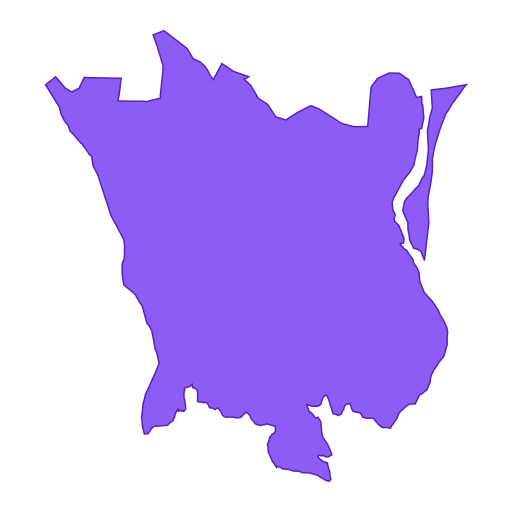 the district of Dayrut, Asyut, Egypt
{"feature_id": "37247803B43857760448777", "entity_name": "Dayrut", "entity_type": "district", "adm_level": 2, "iso_a3": "EGY", "parent_name": "Egypt", "parent_adm1": "Asyut", "projection": "robinson", "projection_center": [30.795, 27.538], "detail": "fine", "context": "isolated", "style": "filled", "palette": "violet", "viewbox_px": 512, "rotation_deg": 0, "n_neighbors": 0, "source": "geoboundaries", "source_scale": "gbopen_adm2", "svg_char_len": 5724}
<svg xmlns="http://www.w3.org/2000/svg" viewBox="0 0 512 512"><path d="M415.2,403.9L417.3,399.5L419.4,395.2L422.8,393.1L427.0,389.5L430.1,382.4L430.9,376.3L433.5,370.7L438.7,362.6L443.9,356.2L447.1,344.8L447.2,339.8L447.0,337.4L447.7,332.5L446.8,327.4L444.8,323.1L443.0,319.5L440.1,314.7L439.3,312.8L438.3,310.3L435.1,305.6L432.5,301.6L429.9,298.7L426.6,295.1L424.3,292.5L420.3,282.8L420.3,282.6L420.2,282.4L420.1,281.8L419.5,278.6L419.1,272.7L417.2,268.4L416.7,267.2L414.9,264.9L413.6,262.8L413.1,259.9L410.4,255.9L408.4,253.3L406.8,250.4L404.2,248.9L401.6,245.7L400.2,243.5L403.5,243.1L404.1,238.5L398.8,225.4L395.3,221.9L394.6,221.0L394.1,219.4L395.3,214.6L392.9,209.9L392.4,206.7L392.3,203.7L392.3,202.2L393.7,197.7L395.7,194.5L399.4,187.5L403.6,179.8L406.1,176.7L409.8,172.2L412.1,168.3L414.0,165.0L414.9,159.7L417.5,149.3L417.9,140.6L419.3,132.6L419.2,129.0L421.6,128.6L423.8,117.8L422.7,105.0L422.0,105.2L421.9,103.1L421.7,96.5L419.9,96.8L419.4,96.9L416.8,97.5L416.6,97.5L414.8,93.2L412.7,88.6L411.6,86.3L408.6,79.6L405.9,77.8L399.3,73.2L389.1,73.0L377.8,78.3L377.4,78.8L371.2,86.7L371.1,87.7L370.3,96.1L369.3,107.9L367.7,126.3L365.1,126.6L362.6,126.6L353.9,126.7L341.2,123.2L330.4,116.1L329.6,115.6L318.9,108.9L310.8,105.6L298.4,112.0L297.6,112.5L285.8,119.9L275.8,116.9L267.7,104.4L258.4,98.4L251.2,86.1L250.8,85.4L244.3,79.4L248.7,76.7L235.2,72.0L233.6,71.4L221.9,63.6L213.4,79.6L210.9,76.4L210.3,75.6L207.6,70.4L206.7,68.8L204.7,66.1L200.2,62.0L197.3,60.6L193.3,58.8L187.6,49.4L187.0,48.5L185.7,47.4L164.0,30.7L153.8,34.6L153.1,34.9L157.0,45.7L158.9,51.8L163.1,66.1L163.0,68.6L163.0,69.3L162.3,76.7L160.3,95.5L160.5,98.1L151.6,100.3L145.7,101.8L144.6,101.3L117.9,101.0L119.0,95.5L119.6,91.1L121.2,78.3L105.1,78.0L84.2,77.5L79.6,87.1L79.6,87.9L71.9,91.9L70.3,91.2L66.8,89.0L65.0,87.9L59.2,81.0L55.6,76.8L45.6,84.8L59.4,107.2L61.0,113.9L64.3,120.7L68.3,125.7L69.9,130.8L73.1,134.1L81.1,143.4L81.9,143.4L82.7,145.1L86.0,149.3L89.2,154.4L91.6,156.1L91.8,157.4L93.2,166.2L96.4,172.1L98.0,175.4L111.1,215.8L118.3,229.2L123.7,239.4L124.5,244.5L124.5,253.7L124.5,255.4L123.8,260.5L122.9,261.3L122.1,265.5L122.2,270.6L122.2,273.9L123.0,279.8L123.8,284.9L135.0,294.2L139.8,302.6L142.2,306.0L147.1,323.6L148.1,324.7L149.5,326.2L151.9,331.2L153.5,339.6L154.3,344.6L155.1,348.9L156.7,352.3L159.1,363.2L157.5,367.4L155.1,373.3L153.5,376.7L149.5,385.9L147.1,391.0L145.5,394.4L143.9,401.1L143.1,403.6L142.3,412.0L141.5,417.1L142.3,423.0L142.3,425.5L143.1,428.9L143.9,432.2L144.4,434.0L145.0,433.7L148.3,433.7L150.7,429.5L153.1,427.0L155.5,426.1L157.9,426.1L167.5,425.3L169.9,422.8L172.3,421.1L173.1,420.3L174.7,416.9L174.7,416.0L175.5,413.5L176.3,411.8L177.9,409.1L178.4,411.2L180.0,410.4L182.4,411.2L184.0,411.2L184.0,410.4L185.6,409.5L185.6,407.0L185.6,405.3L184.8,402.0L184.8,400.3L184.0,397.8L184.0,396.9L184.0,395.2L184.0,392.7L184.8,389.3L184.3,388.3L188.0,386.8L189.6,386.8L192.0,384.3L192.8,387.7L195.2,388.5L196.2,389.0L196.8,389.4L197.6,391.9L197.6,392.7L197.6,394.4L197.6,396.9L197.6,401.1L198.4,402.0L200.8,402.0L203.2,402.8L204.0,402.0L205.6,402.8L207.2,402.8L208.1,404.5L208.9,406.2L209.7,407.9L210.5,407.9L212.1,407.9L215.3,409.6L216.1,408.7L217.7,407.9L218.5,408.7L219.7,410.1L220.9,411.3L222.5,415.5L224.2,416.4L225.7,417.2L228.9,417.2L233.7,417.2L237.7,418.0L240.9,417.2L241.7,416.4L243.3,414.7L245.1,413.2L246.5,412.1L249.8,415.5L251.4,418.9L255.4,423.9L257.8,424.8L261.0,425.6L262.6,424.8L264.2,424.8L266.6,423.9L269.8,424.8L273.0,425.6L275.4,426.5L275.4,427.3L275.4,428.2L275.4,429.9L275.4,431.5L273.0,434.1L272.2,434.1L269.8,437.4L268.2,442.5L267.4,445.0L268.2,447.5L268.2,451.7L271.7,459.7L272.2,461.0L276.2,466.9L276.2,465.2L277.0,466.9L280.2,466.9L281.8,468.6L283.8,469.0L285.9,469.4L288.3,469.4L293.9,471.1L298.7,471.1L302.7,472.8L309.1,472.8L317.9,475.4L320.3,477.1L325.9,480.4L329.1,481.3L330.7,479.6L330.8,478.8L329.9,475.4L329.9,472.0L329.1,470.3L328.3,467.0L327.5,464.4L327.5,462.8L324.3,461.9L322.7,461.1L320.3,459.4L317.9,456.9L317.9,456.0L319.5,455.2L321.9,456.0L322.7,455.2L325.9,456.9L326.7,456.9L328.3,456.9L329.9,456.0L330.7,455.2L331.6,455.2L331.6,453.5L330.7,451.8L329.9,449.3L327.5,444.2L322.7,436.7L321.9,433.3L321.9,432.4L321.1,427.4L321.1,425.7L321.1,423.2L320.3,420.7L317.9,417.3L315.5,418.1L313.1,414.8L311.5,413.1L309.1,411.4L308.3,408.8L306.7,405.5L306.7,404.6L312.3,406.3L317.1,406.3L319.5,405.5L321.1,403.8L322.7,397.9L323.5,397.1L325.1,395.4L326.7,395.4L327.5,397.1L329.1,400.5L329.9,403.8L330.7,406.4L331.5,408.0L331.5,408.9L333.2,413.9L334.8,413.9L338.8,415.6L339.6,414.8L341.2,414.0L342.8,410.6L343.6,409.7L344.4,406.4L346.0,404.7L346.7,403.9L346.8,403.9L350.0,403.9L350.8,405.5L351.6,408.9L353.2,411.4L356.4,412.3L358.0,412.3L360.4,413.1L362.8,417.4L363.6,417.4L366.0,418.2L367.6,418.2L368.4,418.2L373.2,418.2L378.1,424.1L382.1,427.5L383.7,427.5L384.9,427.5L386.1,427.5L386.9,427.5L390.4,428.2L391.7,425.8L394.1,422.5L396.5,419.1L397.3,417.4L398.9,413.2L400.5,411.5L406.9,405.6L408.5,404.8L410.1,404.0L411.4,404.0L412.5,404.0L413.9,403.9L415.2,403.9ZM424.4,260.0L424.5,260.0L428.8,222.9L428.2,211.0L427.6,204.8L428.2,196.7L431.2,180.5L432.4,171.1L432.4,158.7L434.9,145.6L440.3,128.1L446.3,112.8L447.9,111.1L450.3,106.9L452.7,102.7L454.3,101.0L456.7,97.6L459.9,93.4L463.9,87.5L466.4,84.7L462.8,85.3L445.4,88.3L431.3,89.9L431.4,93.0L431.5,94.4L432.0,102.8L432.3,107.9L431.4,111.3L429.7,117.4L428.8,124.6L427.4,129.9L427.8,139.3L428.4,148.3L428.3,151.7L427.6,157.0L426.9,164.5L425.8,169.5L424.1,175.6L421.4,179.4L418.9,185.3L415.7,188.5L410.2,194.7L406.9,197.9L404.5,201.7L402.8,210.2L403.6,212.8L405.7,217.8L407.9,222.6L408.0,229.7L408.8,233.1L409.7,240.0L413.6,248.2L418.0,249.4L421.0,251.5L421.8,253.6L424.4,260.0Z" fill="#8b5cf6" stroke="#5b21b6" stroke-width="1.5"/></svg>